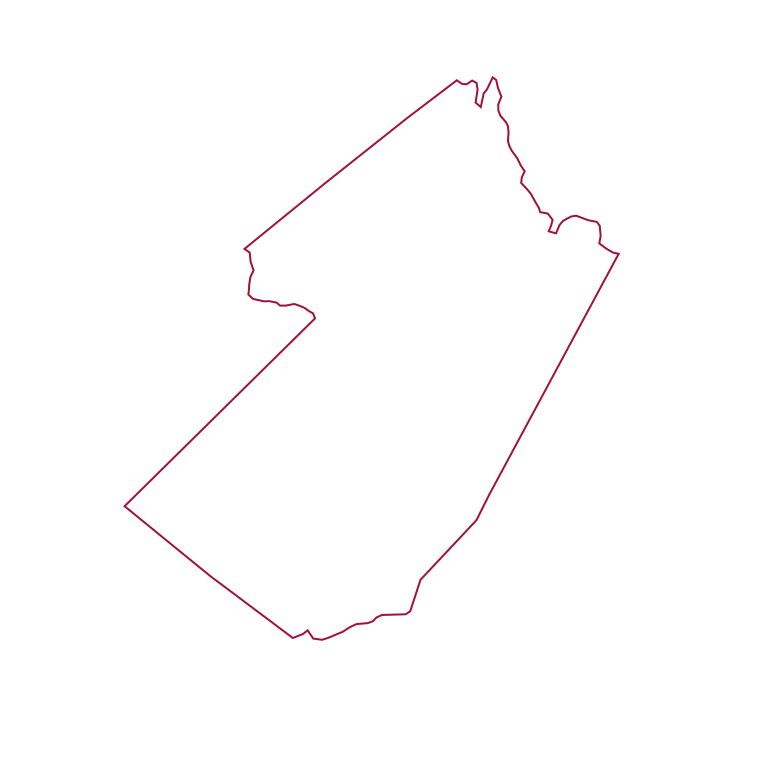 outline of João Câmara, Rio Grande do Norte, Brazil, rotated 231°
{"feature_id": "56859067B69289954608345", "entity_name": "João Câmara", "entity_type": "district", "adm_level": 2, "iso_a3": "BRA", "parent_name": "Brazil", "parent_adm1": "Rio Grande do Norte", "projection": "natural_earth1", "projection_center": [-35.848, -5.472], "detail": "fine", "context": "isolated", "style": "outline", "palette": "rose", "viewbox_px": 768, "rotation_deg": 231, "n_neighbors": 0, "source": "geoboundaries", "source_scale": "gbopen_adm2", "svg_char_len": 1354}
<svg xmlns="http://www.w3.org/2000/svg" viewBox="0 0 768 768"><g transform="rotate(231 384 384)"><path d="M574.2,631.7L576.1,569.9L576.5,529.9L577.1,463.5L576.8,360.6L570.7,362.3L562.9,357.3L554.3,354.1L551.2,347.5L546.1,341.8L542.8,338.9L538.9,334.9L532.5,335.8L523.7,342.8L520.6,347.0L514.7,351.8L510.3,352.6L506.7,357.1L502.7,364.6L498.9,367.0L493.1,370.2L488.6,371.3L483.6,373.3L478.4,371.7L452.3,105.5L390.8,118.3L343.7,128.2L244.0,153.3L240.7,163.6L240.6,169.6L230.7,168.8L224.2,174.9L222.0,180.4L220.4,185.6L219.1,190.6L217.4,195.9L216.6,204.0L214.8,211.4L208.4,220.9L206.6,226.2L207.3,231.2L205.7,237.2L191.4,255.9L190.9,261.4L208.9,289.2L220.0,370.2L231.8,396.2L270.8,489.2L337.5,648.3L342.0,644.7L349.1,642.0L357.7,639.8L362.8,645.6L371.1,651.2L376.1,651.4L382.6,645.9L393.8,639.3L396.4,634.8L398.1,625.9L397.1,620.5L392.8,612.5L399.0,608.1L401.9,613.5L405.4,618.3L413.3,618.6L419.3,613.5L423.3,615.2L430.4,616.2L439.1,617.8L443.6,617.8L454.0,617.2L457.9,621.2L460.7,627.2L467.7,627.8L475.6,629.6L485.0,630.1L489.9,631.1L494.9,633.3L501.0,639.0L506.2,642.5L510.5,643.5L519.2,643.3L524.4,644.9L529.3,648.6L533.5,656.1L542.1,658.8L549.6,662.5L553.9,661.4L548.2,649.6L547.1,644.4L538.3,633.5L545.1,632.3L550.5,638.3L553.9,642.0L559.7,645.4L564.3,643.5L565.0,636.7L568.1,633.5L574.2,631.7Z" fill="none" stroke="#9f1239" stroke-width="2"/></g></svg>